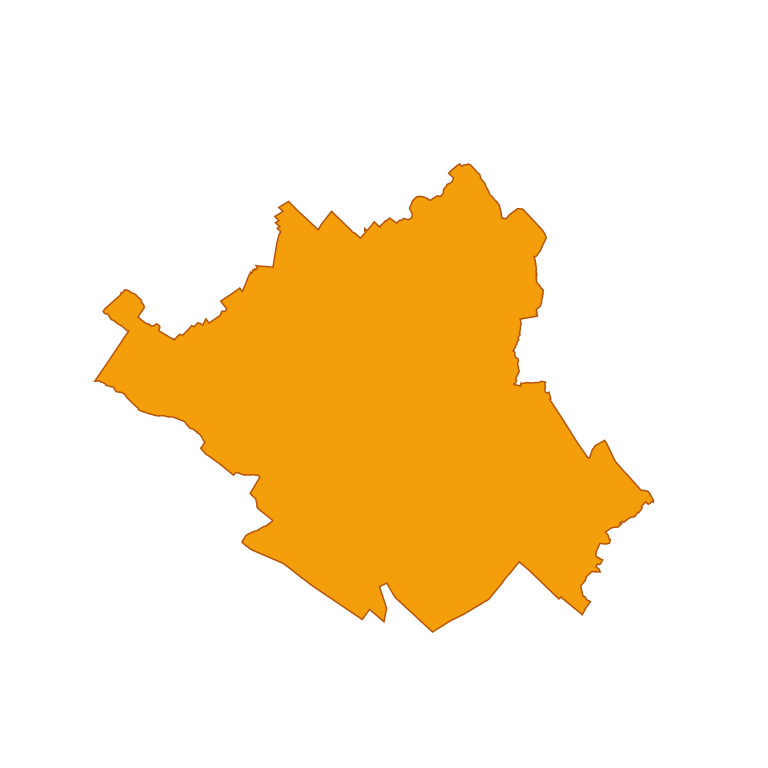 outline of Tecamachalco, Puebla, Mexico, rotated 284°
{"feature_id": "50627088B6625152362768", "entity_name": "Tecamachalco", "entity_type": "district", "adm_level": 2, "iso_a3": "MEX", "parent_name": "Mexico", "parent_adm1": "Puebla", "projection": "mercator", "projection_center": [-97.72, 18.863], "detail": "fine", "context": "isolated", "style": "filled", "palette": "amber", "viewbox_px": 768, "rotation_deg": 284, "n_neighbors": 0, "source": "geoboundaries", "source_scale": "gbopen_adm2", "svg_char_len": 6165}
<svg xmlns="http://www.w3.org/2000/svg" viewBox="0 0 768 768"><g transform="rotate(284 384 384)"><path d="M334.7,674.0L336.4,673.6L343.0,667.4L343.6,665.9L343.8,663.7L343.1,659.1L343.4,658.6L355.3,641.3L356.3,639.4L364.8,627.2L380.3,614.3L382.7,611.7L375.2,603.8L370.9,602.1L363.3,601.4L361.7,601.0L361.9,599.4L374.9,584.7L395.0,563.8L409.3,548.4L409.9,549.5L415.9,546.1L414.6,543.6L415.4,542.3L417.3,541.4L420.6,541.2L422.3,540.1L424.9,540.4L424.8,536.5L424.4,535.5L422.7,533.5L421.7,529.7L420.6,527.0L419.9,522.0L417.4,517.1L417.8,516.8L416.0,516.7L415.0,517.3L415.1,515.0L414.9,510.4L415.7,510.1L416.9,511.5L419.9,511.8L420.7,510.7L421.9,510.5L425.7,511.6L427.4,511.6L428.7,512.2L436.0,508.7L438.9,508.8L439.6,508.6L441.0,507.7L441.7,505.3L442.0,504.9L442.8,504.6L443.7,504.0L445.9,503.6L447.3,502.2L447.0,501.4L447.3,501.2L451.7,502.7L453.4,502.5L454.5,503.0L455.0,503.4L456.4,502.9L457.9,503.3L459.3,504.1L460.1,503.9L461.0,502.7L461.8,502.6L463.7,503.9L465.1,504.0L465.4,503.7L465.5,503.1L467.5,503.3L468.0,502.9L470.0,503.1L472.1,502.6L476.6,502.3L477.6,501.5L479.4,501.0L479.9,500.4L487.0,516.5L488.3,515.9L488.5,515.6L488.5,514.9L488.9,514.6L489.5,515.2L490.6,515.2L491.6,514.3L493.1,513.8L497.4,516.9L501.0,517.2L504.6,516.5L505.3,516.7L507.4,516.7L508.0,516.2L509.1,516.6L510.3,516.4L513.6,515.7L514.1,515.3L514.9,513.1L516.0,512.6L517.2,510.8L517.9,510.3L519.4,507.8L520.0,507.2L521.8,506.9L523.2,506.0L523.6,506.0L524.1,506.4L525.3,505.6L527.2,505.9L527.3,505.1L527.6,504.8L528.8,505.2L530.1,504.1L531.2,504.4L532.9,503.8L533.5,503.4L534.9,503.2L536.6,502.2L537.7,502.2L538.4,501.4L539.0,501.2L540.1,501.1L541.5,500.2L542.3,500.0L543.4,498.8L544.1,499.0L544.4,500.1L545.1,501.0L552.0,503.7L555.6,504.1L565.1,506.1L569.1,503.2L571.8,500.3L587.3,476.3L586.6,471.8L586.3,470.9L584.3,469.5L578.5,464.6L575.8,463.6L573.5,461.9L573.8,460.6L573.5,458.2L576.6,457.0L581.1,454.9L585.0,452.7L586.1,451.8L588.2,449.1L590.5,445.2L591.8,444.0L592.8,441.5L597.6,437.7L599.8,435.5L602.3,433.9L604.4,431.8L605.4,429.9L606.9,428.1L608.9,427.2L610.6,426.0L612.1,423.0L614.1,420.3L617.7,414.5L617.8,412.5L616.6,410.9L615.9,408.6L614.1,407.2L615.8,404.2L614.4,402.7L607.3,397.4L604.0,395.8L602.6,398.5L600.7,401.7L598.4,401.4L596.6,401.0L595.2,399.9L592.8,396.8L591.4,396.8L590.2,396.3L588.8,395.3L586.8,394.8L585.9,394.8L584.1,395.3L583.1,395.3L579.3,393.2L579.8,391.4L579.1,389.6L573.5,384.6L573.4,384.3L574.9,379.1L575.0,376.2L574.7,373.1L573.6,370.5L570.6,368.5L568.6,367.4L565.7,367.1L560.7,366.2L559.4,367.1L555.5,370.6L552.0,370.5L550.4,369.4L549.7,368.1L549.3,366.5L549.3,362.8L547.1,361.7L546.6,359.4L543.2,357.4L546.4,349.4L542.3,346.3L542.6,345.8L539.1,343.9L536.9,342.4L535.3,342.1L537.3,338.2L539.0,335.3L533.7,333.0L528.7,330.4L530.2,327.8L527.8,328.2L527.0,329.5L519.8,325.8L523.2,319.7L523.9,316.3L525.1,315.1L538.8,291.3L523.8,284.6L517.7,282.9L532.0,257.1L538.1,247.3L529.9,239.2L526.9,244.2L520.1,237.5L517.0,242.6L514.2,239.6L511.3,244.8L509.3,242.7L506.7,247.1L503.5,246.0L494.7,246.0L470.3,248.0L469.4,240.6L468.2,234.7L467.9,231.2L466.3,233.0L463.5,231.8L464.4,230.8L464.1,230.7L462.7,229.0L462.1,229.6L459.4,228.7L460.4,227.6L457.6,226.9L451.8,225.9L451.6,226.2L439.4,224.1L442.2,220.8L435.8,215.4L424.8,205.5L418.9,213.2L415.8,212.1L415.6,209.2L409.8,208.1L409.9,207.6L400.8,199.4L404.1,195.5L397.4,193.9L398.2,191.2L398.4,188.5L393.6,186.0L394.3,183.3L389.4,181.0L382.2,176.4L382.8,173.7L378.1,170.8L375.9,169.7L377.0,168.5L376.8,167.1L381.0,153.1L382.2,152.5L384.1,152.8L385.7,152.5L386.6,151.1L387.4,149.0L387.1,148.5L385.2,147.0L384.0,144.3L385.4,141.2L384.9,139.1L389.3,129.1L400.1,132.9L401.6,132.3L403.3,131.0L403.8,129.6L404.4,128.9L405.3,128.9L406.4,128.4L407.1,127.6L407.9,125.8L409.3,123.4L409.8,122.9L411.2,120.0L411.3,116.7L412.5,114.7L412.9,111.2L412.6,109.7L409.4,108.1L408.9,106.8L406.8,106.9L389.1,94.8L386.9,94.0L386.6,94.0L385.0,95.6L384.8,97.3L384.9,99.0L383.1,101.3L381.3,102.8L380.5,104.1L380.2,106.4L377.8,111.6L377.4,114.0L376.2,116.9L373.6,121.7L373.6,123.4L337.7,110.5L316.8,102.7L318.0,106.3L317.9,107.8L317.4,109.2L317.4,110.9L316.8,113.1L316.5,113.7L315.5,114.6L315.5,118.7L315.3,119.2L315.3,120.0L315.5,120.9L315.5,122.8L314.9,123.1L314.4,123.1L314.0,123.3L313.2,124.6L312.0,125.7L311.8,126.4L312.3,131.7L312.1,132.8L311.6,134.0L310.8,135.4L308.6,137.9L306.3,141.5L301.2,150.9L299.3,152.5L298.4,161.2L298.3,167.0L298.1,168.4L298.2,171.4L299.0,174.6L299.6,176.1L299.6,177.0L300.1,178.8L299.8,183.0L300.9,185.9L301.0,187.6L300.3,190.8L300.7,191.9L300.1,193.0L299.4,199.0L298.9,200.1L296.5,202.9L296.0,203.9L294.3,206.0L294.0,208.1L293.9,210.4L292.8,212.3L292.4,214.1L291.7,214.2L291.3,215.0L291.0,216.6L288.9,219.6L286.5,221.6L283.6,224.5L282.0,223.3L280.4,223.1L277.4,221.7L275.8,223.7L273.0,227.9L272.1,230.5L267.2,242.8L259.1,260.1L262.3,261.6L262.4,264.9L261.7,270.9L262.5,271.2L262.7,273.8L263.5,277.0L264.5,279.0L264.3,281.6L265.2,283.8L264.0,285.5L263.1,285.9L245.4,280.6L245.2,281.2L244.1,282.5L241.7,287.1L237.0,289.7L233.8,290.5L232.0,293.3L225.0,308.4L224.3,309.0L223.1,308.2L218.0,304.1L215.8,300.9L211.2,296.4L208.9,292.7L207.7,291.1L205.7,288.7L203.7,286.8L197.0,284.5L196.7,284.4L196.0,285.0L195.8,284.9L194.0,288.6L191.3,294.9L190.6,298.5L185.5,329.6L182.8,336.2L175.6,351.9L175.2,353.5L171.1,362.6L150.2,419.9L161.8,424.5L153.3,441.5L167.0,440.8L186.4,428.6L191.4,434.9L182.3,443.7L179.3,447.0L155.1,491.1L169.9,505.3L179.9,517.1L200.4,537.7L219.2,546.7L221.8,547.5L226.9,549.9L233.9,553.5L244.1,558.1L238.8,569.1L217.8,605.4L217.7,605.6L220.1,607.0L208.1,632.2L215.9,634.2L222.8,637.0L223.7,632.7L226.0,630.8L226.4,629.5L226.3,628.4L234.6,624.2L236.0,623.9L241.3,626.5L243.0,627.0L245.7,626.8L252.2,631.1L254.0,639.2L256.4,637.6L257.9,633.9L260.6,634.3L261.1,636.7L261.6,637.4L266.2,638.8L266.6,636.4L268.0,631.5L271.4,630.4L281.7,632.0L281.8,634.4L282.5,638.5L283.0,638.8L283.9,641.2L287.9,641.3L288.4,639.6L291.7,638.0L293.8,634.6L299.1,639.2L300.5,641.6L302.0,646.0L306.0,648.3L306.1,646.5L308.4,648.4L307.8,650.1L313.8,654.8L315.9,659.4L320.9,661.3L320.7,662.3L326.3,664.6L327.4,663.4L332.8,666.3L331.2,669.6L335.1,673.0L334.7,674.0Z" fill="#f59e0b" stroke="#b45309" stroke-width="1.5"/></g></svg>